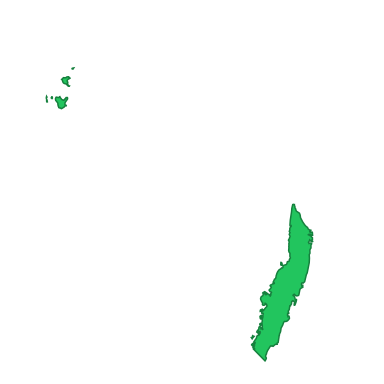 Roatan, Islas de la Bahía, Honduras (Mercator projection), rotated 136°
{"feature_id": "27666195B61672641857391", "entity_name": "Roatan", "entity_type": "district", "adm_level": 2, "iso_a3": "HND", "parent_name": "Honduras", "parent_adm1": "Islas de la Bahía", "projection": "mercator", "projection_center": [-86.506, 16.164], "detail": "fine", "context": "isolated", "style": "filled", "palette": "green", "viewbox_px": 384, "rotation_deg": 136, "n_neighbors": 0, "source": "geoboundaries", "source_scale": "gbopen_adm2", "svg_char_len": 5768}
<svg xmlns="http://www.w3.org/2000/svg" viewBox="0 0 384 384"><g transform="rotate(136 192 192)"><path d="M256.8,19.8L255.5,20.1L254.1,20.7L253.8,21.0L253.5,22.4L251.9,23.6L250.8,23.8L250.2,24.4L247.9,25.4L242.6,26.7L242.2,26.5L242.0,26.0L241.2,25.7L241.1,24.9L240.8,24.6L238.4,24.6L237.5,24.2L236.5,23.3L235.8,24.2L234.6,23.9L229.7,27.6L229.5,28.0L228.7,28.2L227.8,29.0L225.3,30.0L224.6,30.7L224.2,30.8L222.7,32.1L219.1,33.3L216.6,34.6L215.3,34.6L214.4,33.6L212.9,33.0L211.1,33.1L209.9,33.3L209.5,33.6L208.5,35.2L208.5,35.4L209.5,35.8L208.9,36.2L209.0,36.9L208.7,37.2L207.4,38.3L207.2,38.2L206.9,37.5L206.6,37.5L205.5,39.5L203.8,39.8L200.7,42.2L200.2,41.7L199.2,42.2L198.3,42.3L196.3,44.0L195.6,43.7L195.0,43.8L194.7,43.3L194.8,42.7L194.5,41.5L195.5,41.0L196.8,40.0L197.1,39.5L196.7,39.2L195.8,39.5L193.4,40.7L191.7,41.8L191.6,42.1L192.7,42.4L191.0,45.4L190.9,46.1L191.2,47.3L191.0,47.6L189.5,47.5L189.3,45.5L188.9,44.6L187.8,43.8L186.7,43.7L182.0,47.0L180.6,47.1L178.4,46.5L177.8,47.3L177.1,47.9L177.3,48.2L178.3,48.1L177.6,49.3L176.8,50.1L176.3,50.2L175.8,50.1L175.6,49.9L175.4,49.3L173.3,49.2L167.2,53.1L165.3,53.8L159.1,58.1L156.8,59.7L153.5,62.8L151.2,65.5L149.7,66.0L147.6,68.3L146.9,68.7L145.3,69.1L143.3,71.2L142.1,71.5L141.8,71.7L141.7,72.2L142.3,73.0L142.8,73.4L143.6,73.6L143.1,75.0L141.4,75.3L140.6,75.8L140.6,73.8L139.8,72.5L139.6,72.5L139.4,72.9L139.8,73.7L139.7,74.1L139.3,74.3L138.4,74.1L137.1,75.5L137.3,76.6L137.0,76.9L137.0,77.3L138.0,80.4L137.4,80.4L136.6,79.8L136.5,79.2L136.0,78.4L135.9,77.7L135.3,77.1L133.5,79.3L133.4,79.6L133.5,79.8L134.8,80.4L135.0,81.4L134.9,81.8L134.4,82.1L133.7,81.6L133.2,81.7L133.0,82.0L133.8,82.9L134.1,84.8L133.5,86.3L133.8,87.8L133.8,89.7L133.2,93.4L131.8,98.1L130.2,100.3L129.4,102.1L130.2,105.6L130.0,106.4L129.1,108.0L128.9,109.2L128.1,110.0L127.6,111.2L127.1,111.8L127.3,111.9L127.7,112.8L128.3,113.0L131.4,111.0L134.3,108.5L140.7,103.6L143.5,101.1L144.6,100.1L145.0,99.4L145.0,99.2L144.1,98.9L144.5,98.4L146.2,98.2L147.0,97.8L148.2,96.6L149.3,96.2L149.6,95.5L149.7,94.7L151.5,94.0L152.1,92.3L152.4,91.8L153.5,91.4L154.4,90.8L155.3,90.7L156.1,90.3L156.3,89.9L156.2,89.6L156.9,88.4L158.3,87.5L159.1,86.5L160.3,85.5L161.0,84.6L163.1,82.8L163.9,81.4L164.1,79.9L166.2,77.8L167.0,76.2L168.7,75.9L170.1,74.8L171.1,75.1L171.6,75.6L171.9,75.6L173.6,74.5L174.1,74.4L174.8,74.4L177.4,75.8L177.9,75.6L178.8,74.7L179.4,74.5L179.7,74.5L180.3,75.2L182.0,75.1L182.9,75.5L183.9,75.5L185.9,75.1L187.6,74.4L189.8,73.2L190.6,72.5L192.0,71.7L193.3,72.0L194.2,71.5L196.3,70.8L196.4,70.4L195.9,69.7L196.3,69.1L197.1,69.3L197.9,70.0L199.2,70.0L200.0,70.5L200.7,70.5L201.0,70.1L201.0,68.6L201.2,68.3L202.7,68.0L204.7,67.9L205.1,66.2L204.5,64.9L204.5,64.6L206.1,64.1L206.7,63.2L208.0,62.8L208.2,63.8L207.6,64.4L207.9,65.3L208.5,66.4L210.2,66.7L210.3,68.0L210.9,69.0L211.6,69.1L213.1,68.2L214.8,68.6L216.5,67.9L217.4,66.8L217.5,65.9L218.1,64.8L218.1,63.7L218.3,63.1L219.4,62.3L219.6,61.7L219.5,61.1L218.9,60.5L217.3,60.0L217.1,60.1L216.9,61.1L216.7,61.2L216.4,60.5L216.5,59.9L216.4,59.3L216.8,58.8L217.1,58.0L218.1,57.6L219.6,57.6L223.1,57.1L225.0,57.6L226.1,56.1L225.2,55.5L225.2,55.0L226.8,54.0L227.6,53.0L229.2,52.0L230.2,51.6L230.9,50.4L232.5,49.5L233.3,48.2L234.1,47.4L234.4,46.8L235.8,45.6L236.2,44.5L236.6,44.0L236.8,44.1L237.0,45.4L237.5,45.8L236.7,46.5L236.5,47.4L236.9,48.2L237.4,48.3L237.9,48.1L239.2,47.0L241.5,46.8L242.7,46.3L242.5,44.3L242.2,43.6L241.6,44.1L240.8,45.5L240.6,44.8L240.0,44.3L240.7,43.7L240.7,43.3L241.9,42.9L242.9,43.2L243.2,43.0L243.1,42.6L243.3,42.6L244.7,43.4L246.2,42.8L247.4,42.0L248.6,41.9L251.7,41.2L252.0,40.8L252.1,40.4L251.2,39.9L251.3,39.6L252.6,39.3L253.3,38.4L253.8,38.6L254.6,38.3L254.7,37.6L256.0,37.9L256.0,37.6L255.6,37.3L255.9,35.6L256.2,35.5L256.6,36.3L256.9,36.4L256.8,19.8ZM217.1,345.3L216.5,345.7L216.0,346.5L216.9,347.4L218.2,347.2L218.6,347.3L219.0,347.0L219.8,347.2L220.3,347.0L220.6,347.1L221.4,348.9L221.2,351.3L220.8,352.4L221.1,352.5L222.0,352.4L222.6,352.9L223.6,354.4L224.0,354.6L225.5,353.9L226.4,352.6L226.7,349.4L227.3,348.4L228.0,347.8L228.1,347.2L228.6,346.7L228.7,346.1L229.2,345.3L229.0,344.6L228.3,343.8L228.2,342.9L228.0,342.6L224.9,341.9L223.5,342.1L222.9,341.8L222.7,341.4L222.4,341.5L222.3,341.9L222.7,342.7L222.5,343.4L221.3,344.4L220.3,344.7L217.1,345.3ZM203.0,359.2L201.4,358.7L200.7,358.6L200.6,359.0L201.1,359.8L200.7,360.2L200.7,360.6L202.0,361.7L203.3,361.7L203.6,362.2L204.0,362.4L205.1,363.6L206.5,363.4L207.5,363.6L207.5,362.9L208.5,360.7L208.7,359.8L208.5,358.8L207.5,357.1L207.5,354.1L206.8,353.3L206.5,353.4L206.9,353.9L206.8,355.4L206.2,356.2L205.9,356.9L205.1,357.2L204.8,358.4L204.3,359.0L203.0,359.2ZM210.8,70.3L211.3,70.2L211.3,69.9L210.5,69.6L210.0,68.9L209.5,67.5L209.6,67.0L209.2,66.8L208.3,67.0L208.9,69.8L210.8,70.3ZM229.0,55.4L229.9,55.0L230.1,54.3L230.8,53.5L230.7,52.9L229.7,52.9L228.6,54.3L227.8,54.7L227.9,55.1L229.0,55.4ZM255.0,40.9L255.4,40.5L255.2,39.8L255.4,39.4L255.1,38.8L254.3,39.1L253.2,40.0L252.9,40.4L253.3,40.8L255.0,40.9ZM177.0,79.6L178.6,78.1L178.8,77.3L178.3,76.8L177.8,76.8L176.8,78.2L176.6,79.1L177.0,79.6ZM224.6,59.6L225.7,59.0L225.9,58.7L224.4,58.0L222.8,58.4L222.8,58.9L224.6,59.6ZM233.5,50.0L234.8,50.0L235.4,49.4L235.5,48.6L234.8,48.2L234.4,48.1L233.9,49.2L233.9,49.8L233.5,50.0ZM248.1,46.5L248.8,46.3L249.3,45.9L249.2,44.9L247.6,45.0L248.0,45.6L248.1,46.5ZM226.8,357.9L227.9,357.5L227.8,356.4L227.4,356.4L227.0,356.7L226.5,357.6L226.8,357.9ZM192.4,364.2L192.7,364.0L192.7,363.7L192.2,363.1L190.9,363.4L191.8,364.0L192.4,364.2ZM232.4,359.2L233.2,358.7L233.7,358.0L233.8,357.4L233.4,357.3L233.1,358.0L232.3,358.8L232.4,359.2ZM230.2,361.8L231.5,360.9L231.8,360.4L230.4,361.0L230.2,361.8ZM250.5,45.6L250.7,44.6L249.5,44.9L249.8,45.3L250.3,45.3L250.5,45.6Z" fill="#22c55e" stroke="#15803d" stroke-width="1.5"/></g></svg>